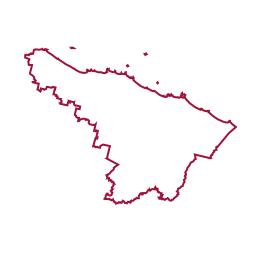 Coffs Harbour, New South Wales, Australia (Natural Earth projection), rotated 274°
{"feature_id": "25037944B5888724581246", "entity_name": "Coffs Harbour", "entity_type": "district", "adm_level": 2, "iso_a3": "AUS", "parent_name": "Australia", "parent_adm1": "New South Wales", "projection": "natural_earth1", "projection_center": [153.061, -30.173], "detail": "fine", "context": "isolated", "style": "outline", "palette": "rose", "viewbox_px": 256, "rotation_deg": 274, "n_neighbors": 0, "source": "geoboundaries", "source_scale": "gbopen_adm2", "svg_char_len": 5836}
<svg xmlns="http://www.w3.org/2000/svg" viewBox="0 0 256 256"><g transform="rotate(274 128 128)"><path d="M136.5,235.6L138.9,232.0L141.6,229.0L140.5,227.2L140.3,226.0L140.9,222.6L143.0,216.9L146.1,211.6L148.9,208.1L149.3,207.2L150.7,207.6L150.8,207.1L150.4,206.8L150.7,206.0L150.2,204.9L150.4,203.5L151.1,201.3L151.7,200.4L152.1,200.5L152.4,199.5L152.2,199.1L151.3,198.8L153.5,193.4L157.1,187.8L160.8,183.8L163.0,182.3L164.9,182.9L165.0,182.4L166.2,181.2L164.6,182.2L162.1,181.4L162.1,180.1L162.8,178.8L165.3,180.1L166.7,179.6L166.1,179.0L164.8,179.5L164.0,178.5L162.3,178.2L162.0,177.4L161.7,176.2L162.2,175.7L161.9,173.9L162.3,171.4L162.8,170.3L163.6,170.3L163.8,169.4L164.6,168.8L164.0,168.3L163.4,168.4L162.9,167.6L163.3,166.1L163.8,165.8L164.4,166.2L164.5,165.7L163.7,164.9L162.5,165.1L161.9,164.6L162.2,163.6L161.5,162.9L162.0,161.1L162.5,161.1L162.1,160.3L163.4,156.9L166.9,151.8L166.5,151.1L166.7,149.5L168.8,144.6L169.7,144.2L169.6,143.5L169.0,143.2L169.0,142.2L170.7,137.8L174.3,132.3L176.4,129.9L178.3,130.2L179.1,129.6L177.9,129.2L178.0,128.3L178.7,127.6L178.1,127.4L178.0,126.9L178.7,125.3L179.6,124.7L179.6,123.9L181.6,122.0L182.6,122.1L182.9,121.7L183.4,121.8L183.3,121.4L182.0,121.3L181.5,120.5L181.6,118.0L182.5,117.5L181.5,117.2L181.1,115.6L181.6,113.0L182.9,111.0L182.7,109.0L183.5,106.0L184.2,104.6L185.5,104.7L185.2,104.1L185.7,103.3L185.1,102.9L184.1,103.1L182.9,102.6L182.2,103.1L181.2,101.3L181.1,99.2L181.8,97.4L181.5,95.7L181.6,94.3L182.4,91.1L183.2,90.7L183.2,90.4L182.4,90.0L182.3,89.0L182.8,87.8L183.8,87.2L183.4,86.7L182.4,86.6L182.1,86.0L182.4,84.1L183.3,83.7L183.3,83.2L182.6,83.0L181.5,83.7L180.8,83.1L180.1,81.9L179.9,79.4L180.3,76.7L180.9,74.8L182.4,71.6L183.5,70.3L183.5,69.5L185.1,66.7L187.2,61.7L191.5,54.2L192.4,53.5L192.0,52.6L195.6,47.2L198.3,42.4L199.6,41.2L200.1,41.1L200.6,41.8L201.0,40.0L200.7,39.6L200.0,39.9L199.8,39.4L200.0,37.8L201.0,37.1L200.6,36.5L199.9,34.0L200.0,30.1L199.6,29.7L199.4,28.8L195.3,28.0L195.6,26.0L194.9,25.9L194.7,24.3L193.8,24.1L194.0,21.7L193.6,20.4L191.1,20.5L189.8,24.8L189.0,24.8L187.3,23.9L184.1,24.6L183.9,24.8L184.2,26.5L184.1,27.9L175.8,26.4L175.0,26.7L174.0,28.7L172.3,30.8L171.2,31.1L170.5,30.8L168.4,33.3L168.6,32.7L167.3,30.5L167.2,29.7L166.9,29.8L166.0,35.9L160.1,35.0L159.9,35.9L158.3,38.0L159.1,38.4L161.3,38.3L160.8,42.0L160.5,42.0L160.8,42.8L161.1,43.5L163.4,44.2L162.8,49.0L163.8,49.9L163.4,51.1L163.6,51.8L163.4,52.9L161.3,52.5L161.4,52.2L156.4,51.3L156.0,54.1L154.9,53.9L154.6,55.5L152.8,55.2L152.2,59.1L151.5,58.8L150.4,59.8L149.6,60.0L149.2,59.9L148.2,58.5L148.0,59.0L147.4,58.9L146.4,65.9L149.5,66.4L149.3,68.0L150.9,67.2L149.9,71.9L150.2,72.5L149.0,72.3L147.1,73.0L146.6,74.3L146.9,74.7L146.1,78.8L143.4,78.4L143.9,75.0L137.4,74.0L136.5,75.4L135.4,75.6L134.6,77.2L134.7,78.4L131.4,77.8L131.6,78.8L133.3,80.0L134.2,82.7L134.1,84.2L133.1,85.3L133.8,85.8L133.4,86.5L133.6,87.2L132.3,88.7L130.4,88.4L129.1,89.4L128.6,92.6L128.8,93.3L128.5,94.5L129.5,95.4L122.8,94.4L123.3,96.4L122.5,96.3L122.8,98.1L116.9,97.1L116.7,98.3L115.2,98.0L115.5,96.3L107.3,94.5L107.6,95.9L106.6,96.8L106.5,97.2L107.2,98.5L106.7,99.2L106.3,101.4L108.2,101.7L109.7,104.3L108.7,111.2L97.6,109.3L96.5,109.6L96.1,108.8L90.8,120.7L87.4,116.6L86.5,116.8L85.2,116.2L83.6,114.4L81.3,112.9L79.6,110.0L79.0,111.0L78.4,110.9L78.2,110.4L77.2,111.0L76.3,110.7L76.6,112.4L76.2,112.3L76.1,112.8L75.4,113.5L74.9,112.7L74.4,112.8L74.7,113.3L74.3,114.1L74.6,115.1L74.3,115.3L73.7,114.9L73.0,115.6L73.4,116.1L72.9,116.6L73.0,117.3L72.2,117.5L71.4,118.2L71.3,117.5L69.9,117.5L68.0,116.6L67.6,116.0L67.0,116.3L65.6,116.1L65.6,116.7L64.2,115.3L63.8,116.1L62.8,116.1L62.4,116.9L60.1,116.2L59.3,114.7L59.8,112.9L61.2,112.2L61.0,111.5L59.0,110.5L57.4,110.6L55.7,109.5L55.5,110.1L55.8,112.7L55.5,113.9L55.9,114.6L54.7,116.4L55.8,118.0L54.4,118.4L54.2,119.1L53.0,119.6L53.1,120.6L51.7,121.3L52.4,123.2L53.3,123.8L53.0,124.7L53.4,125.1L53.3,125.8L52.8,126.4L53.1,127.0L55.1,127.9L54.3,129.3L53.0,130.1L53.1,131.3L52.8,132.2L54.4,133.1L54.2,134.8L53.6,135.5L54.0,135.9L55.2,135.7L55.9,136.5L55.6,137.3L56.0,138.6L57.4,139.4L57.6,140.4L58.8,141.3L58.5,142.1L58.7,143.7L60.1,143.4L61.7,143.8L62.1,144.4L63.1,144.6L63.7,145.1L63.9,146.0L63.2,146.2L62.6,146.8L62.6,147.2L64.1,147.7L64.0,148.2L64.4,148.7L64.1,150.1L65.0,151.2L67.5,152.5L67.6,153.6L68.2,153.7L67.1,154.4L68.8,156.3L68.7,158.8L69.3,159.3L69.9,159.0L70.9,159.4L70.1,159.9L69.5,161.5L68.5,160.7L68.1,162.0L66.5,162.1L66.4,162.9L65.9,163.1L66.0,164.0L65.1,165.1L65.2,165.8L63.9,165.4L63.4,165.6L63.9,166.8L63.8,167.2L61.9,166.4L61.4,165.0L60.9,165.5L60.9,164.5L60.3,164.2L60.4,163.7L59.6,164.2L59.8,165.6L59.2,166.8L60.1,167.5L60.1,168.0L60.5,167.9L59.4,168.6L58.8,169.7L59.7,170.5L60.0,171.4L60.8,172.3L60.3,173.3L58.9,174.3L58.5,175.2L58.6,176.2L59.4,176.8L59.5,177.7L61.2,178.9L64.1,182.1L65.0,181.8L65.6,182.9L66.2,182.6L67.0,182.7L68.1,181.3L68.7,182.0L70.9,182.2L71.4,183.0L71.4,183.7L73.5,185.4L73.8,186.5L77.3,187.5L78.3,188.2L80.2,187.4L80.6,188.0L82.2,189.0L83.0,188.8L83.8,188.0L84.5,188.1L85.0,188.9L85.8,189.2L87.5,188.2L91.0,189.9L92.3,190.0L94.8,191.8L97.9,193.1L98.7,194.7L99.8,195.9L101.4,196.6L101.8,197.7L106.2,196.5L103.6,212.2L104.1,212.2L104.1,212.6L104.5,212.3L104.7,212.6L106.2,212.7L107.1,213.4L107.0,213.9L108.9,214.4L110.4,215.7L111.2,215.3L112.2,216.9L112.4,217.8L115.0,217.3L115.5,217.7L115.4,218.6L129.9,229.0L136.5,235.6ZM202.9,140.6L203.0,139.4L202.4,139.6L202.2,140.3L202.8,141.5L203.5,140.9L202.9,140.6ZM189.4,123.1L189.8,123.9L190.6,123.3L190.1,122.6L189.4,123.1ZM175.6,154.4L175.1,153.9L174.6,154.3L174.9,154.7L175.6,154.4ZM204.0,66.9L203.8,66.7L203.9,68.1L204.3,67.4L204.2,66.5L204.0,66.9ZM141.7,228.2L141.4,228.2L141.7,228.8L141.7,229.2L142.1,229.3L142.2,229.0L141.9,228.9L141.7,228.2ZM183.5,111.5L183.9,111.5L184.1,111.2L183.5,111.2L183.5,111.5Z" fill="none" stroke="#9f1239" stroke-width="2"/></g></svg>